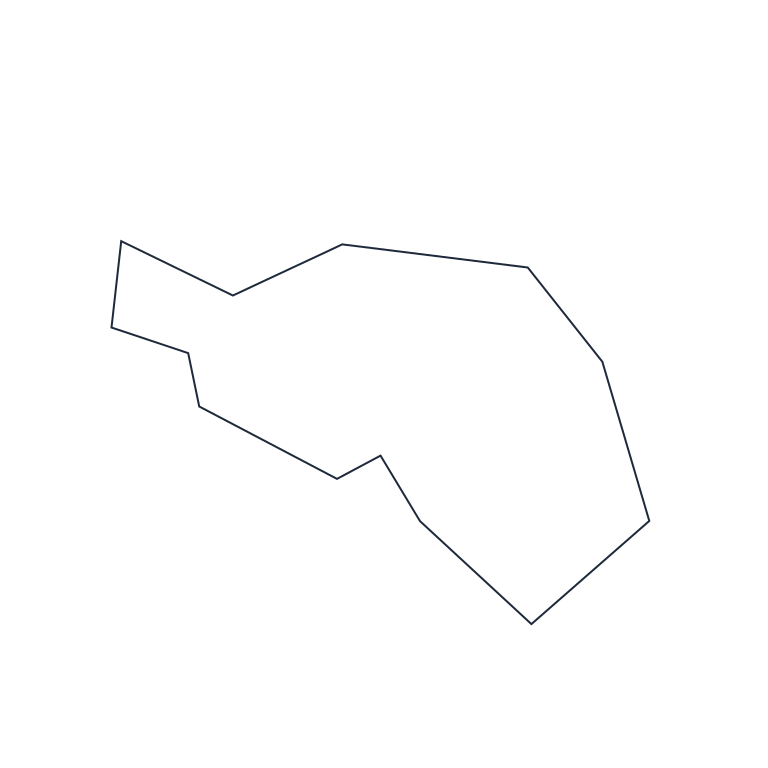 the border of San Juan, rotated 203°
{"feature_id": "PHL-5551", "entity_name": "San Juan", "entity_type": "Highly Urbanized City", "adm_level": 1, "iso_a3": "PHL", "parent_name": "Philippines", "parent_adm1": "", "projection": "mercator", "projection_center": [121.051, 14.596], "detail": "fine", "context": "isolated", "style": "outline", "palette": "slate", "viewbox_px": 768, "rotation_deg": 203, "n_neighbors": 0, "source": "natural_earth", "source_scale": "10m", "svg_char_len": 333}
<svg xmlns="http://www.w3.org/2000/svg" viewBox="0 0 768 768"><g transform="rotate(203 384 384)"><path d="M154.5,220.6L297.2,271.8L359.2,316.7L390.2,278.3L545.3,291.1L576.3,335.9L656.9,329.5L681.7,412.8L557.7,406.4L477.0,496.2L297.2,547.4L191.7,489.8L86.3,361.6L154.5,220.6Z" fill="none" stroke="#1e293b" stroke-width="2"/></g></svg>